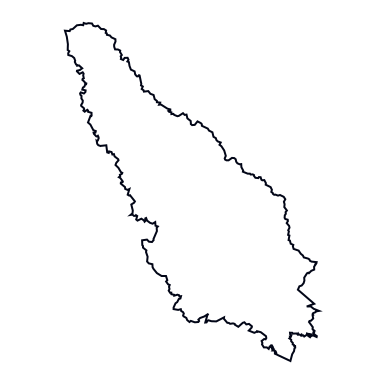 outline of Guachinango, Jalisco, Mexico
{"feature_id": "50627088B196089850290", "entity_name": "Guachinango", "entity_type": "district", "adm_level": 2, "iso_a3": "MEX", "parent_name": "Mexico", "parent_adm1": "Jalisco", "projection": "albers", "projection_center": [-104.413, 20.697], "detail": "fine", "context": "isolated", "style": "outline", "palette": "ink", "viewbox_px": 384, "rotation_deg": 0, "n_neighbors": 0, "source": "geoboundaries", "source_scale": "gbopen_adm2", "svg_char_len": 5929}
<svg xmlns="http://www.w3.org/2000/svg" viewBox="0 0 384 384"><path d="M308.1,258.6L303.8,257.4L302.9,255.5L300.8,253.8L298.6,250.6L293.6,248.9L292.9,246.4L293.3,244.9L290.7,243.7L289.9,240.6L288.6,240.1L289.4,235.5L288.1,234.9L288.9,231.4L288.2,230.3L289.5,227.7L289.1,225.9L286.7,223.1L287.9,221.1L287.7,219.7L285.3,219.0L284.6,217.8L284.8,215.3L285.8,213.8L285.6,212.1L286.9,210.5L284.3,207.1L284.6,204.2L283.9,201.8L285.3,199.2L283.7,196.8L280.0,195.0L278.0,195.6L275.4,194.6L274.2,194.8L272.9,193.8L272.7,192.9L271.3,191.9L271.9,189.8L270.6,187.1L265.7,184.7L265.9,183.1L264.3,180.1L262.3,180.3L261.4,179.7L260.6,177.2L258.9,177.1L258.3,178.1L255.4,177.8L253.9,175.8L254.0,175.1L252.8,174.4L250.6,174.5L250.0,173.7L247.8,173.7L242.9,171.7L243.2,170.6L241.4,167.2L241.2,164.1L239.7,164.3L237.4,163.3L236.2,161.7L235.7,159.3L234.3,158.1L232.0,157.9L228.6,160.3L226.4,160.3L225.1,159.6L224.7,158.4L225.8,155.9L224.2,150.5L221.4,146.2L219.5,144.8L220.7,142.5L217.7,141.4L216.3,139.9L215.9,138.2L213.5,136.8L212.4,132.3L209.0,130.6L207.8,128.6L201.9,125.8L201.8,124.2L200.8,123.1L197.5,121.4L194.7,124.9L192.1,125.1L190.9,124.1L190.7,121.0L187.4,118.4L186.5,114.6L184.6,114.9L183.0,113.2L178.8,115.9L177.4,116.2L174.2,114.9L173.4,113.9L171.4,114.1L171.4,112.3L169.1,111.8L168.4,111.0L170.3,110.2L170.3,109.4L167.5,108.7L160.9,104.5L159.1,104.7L160.1,102.6L156.9,102.2L156.9,100.9L154.7,99.2L153.6,95.0L150.4,93.8L148.3,91.1L143.9,91.6L143.6,90.3L141.7,89.0L142.8,86.5L141.0,85.4L141.3,83.8L139.6,75.5L139.0,75.2L137.9,76.4L136.8,76.3L135.2,74.4L134.6,71.4L130.9,69.6L129.5,65.9L128.9,62.1L127.4,61.5L128.5,59.8L127.6,57.8L124.6,57.9L123.2,60.0L120.9,59.0L121.2,58.0L120.7,56.3L121.8,55.0L120.0,52.0L120.2,50.6L118.0,49.5L115.1,49.4L114.2,46.8L114.1,44.8L115.5,41.5L115.4,39.2L111.5,37.4L109.9,35.5L106.9,34.8L106.8,33.4L105.7,32.9L106.1,30.5L103.9,29.1L101.1,29.0L97.9,25.7L95.5,26.4L93.3,25.8L92.0,23.5L88.5,23.2L86.1,23.8L83.7,23.0L83.2,25.2L80.9,24.8L76.9,25.3L72.8,29.0L70.4,29.5L69.7,31.1L65.0,30.7L66.8,36.7L67.9,44.2L67.7,50.0L69.3,51.2L68.2,53.2L68.3,55.0L71.9,56.1L74.2,58.0L75.2,60.8L74.8,61.9L76.1,64.5L77.2,65.0L77.2,65.7L79.0,65.4L82.2,68.3L79.7,70.1L77.0,70.7L76.9,71.3L79.5,73.9L82.7,72.3L83.6,73.6L83.2,75.4L83.8,78.3L82.7,78.8L82.4,79.9L84.6,81.9L84.8,82.7L86.3,83.4L86.1,84.3L85.2,84.4L84.4,86.6L82.9,87.6L82.3,89.6L85.6,90.4L85.4,92.0L83.9,93.5L80.8,92.4L80.1,93.4L80.4,94.8L81.5,95.9L81.4,98.5L82.8,100.6L82.6,102.6L81.1,105.1L81.2,105.9L83.9,108.2L84.2,109.3L83.4,110.6L84.7,111.7L87.3,109.8L88.1,110.6L88.1,111.8L91.5,112.8L91.6,115.5L91.3,116.1L90.5,115.9L88.0,122.5L90.4,124.6L93.3,130.1L95.8,131.1L95.4,132.6L93.6,132.7L93.9,133.8L96.2,136.3L97.1,136.5L97.9,135.8L98.5,137.1L98.7,138.2L97.8,140.5L97.1,141.2L96.7,140.9L97.2,143.8L98.3,145.2L101.1,146.2L100.6,145.9L106.3,145.3L107.2,152.4L108.7,152.9L109.1,151.4L111.5,152.0L112.4,154.5L113.9,154.1L114.6,156.4L118.2,159.2L118.5,160.3L116.3,162.8L115.5,165.0L118.4,167.8L120.9,172.1L122.3,172.9L121.9,173.8L119.9,174.8L120.2,176.1L118.9,177.2L120.3,178.0L122.8,181.5L122.6,182.1L120.9,182.5L120.8,183.6L125.0,187.1L125.2,188.9L127.6,189.9L129.4,189.0L127.7,194.7L129.2,195.6L130.0,195.2L134.9,201.4L134.1,202.7L131.3,204.5L132.8,210.6L132.5,213.3L130.6,214.9L132.4,214.6L134.0,215.9L135.7,215.8L136.0,215.2L137.2,216.0L136.2,219.5L137.5,220.6L141.4,218.7L143.9,220.4L144.6,221.7L145.3,221.0L145.3,218.4L146.1,218.0L147.1,220.6L150.0,222.8L152.6,223.7L155.2,222.1L155.5,225.7L157.8,226.5L156.7,227.8L156.9,231.1L153.5,239.0L153.6,240.1L152.0,242.0L149.0,241.7L147.0,239.6L142.1,240.3L142.3,245.2L143.0,246.0L143.0,247.6L146.4,250.4L146.0,252.0L147.6,256.7L147.1,261.5L148.8,263.4L152.4,264.2L152.6,267.2L153.5,268.9L156.9,273.1L161.6,276.0L166.0,276.0L167.3,280.2L166.1,281.5L168.1,284.3L169.7,285.0L169.0,286.8L169.5,289.0L168.7,290.6L170.1,292.8L171.3,292.7L171.4,294.2L174.1,294.8L174.2,295.7L177.4,294.7L179.0,295.2L179.4,296.4L181.0,296.2L180.4,298.5L178.8,299.0L177.2,302.1L175.5,303.3L173.6,307.5L173.6,309.1L178.2,309.9L180.8,309.2L181.2,311.0L183.0,312.1L183.8,313.5L183.1,315.5L183.5,316.3L186.3,317.9L187.2,320.1L189.5,322.0L190.8,320.9L194.9,322.3L198.3,322.0L199.1,321.0L198.4,319.6L200.1,318.0L204.2,316.5L208.4,313.8L207.3,315.3L205.3,322.5L206.5,322.4L207.7,320.6L208.5,320.3L211.3,321.2L216.3,321.4L224.0,317.4L223.8,318.7L227.3,322.8L228.8,322.9L230.1,323.8L233.0,323.4L234.7,323.9L234.9,324.7L238.3,326.8L242.8,322.8L244.4,322.3L246.3,324.4L249.0,323.9L251.9,326.3L251.7,327.5L248.8,330.6L254.3,332.8L257.3,331.5L258.3,332.4L257.8,331.4L260.8,332.2L266.0,336.2L266.3,338.1L265.6,339.3L264.2,339.0L261.6,341.0L262.4,343.0L262.0,344.4L263.9,347.4L266.8,347.4L268.7,348.9L269.6,346.7L270.1,346.9L271.1,345.3L271.8,345.3L272.9,347.2L271.8,347.9L272.0,348.7L272.9,348.5L273.7,349.1L272.6,350.5L274.7,350.6L275.7,351.4L276.1,352.5L274.9,352.5L274.9,353.7L290.4,361.0L292.2,354.2L294.0,351.2L294.5,348.2L295.2,347.7L295.1,346.0L294.1,345.9L293.9,344.9L292.7,344.4L292.8,342.9L291.2,341.3L291.2,339.7L289.4,338.4L290.0,337.9L289.9,336.6L290.9,336.7L291.4,335.2L290.2,334.4L290.0,332.7L292.3,332.8L292.9,333.6L296.7,333.5L297.4,334.3L298.0,333.6L298.4,334.7L299.7,334.5L301.0,335.6L301.7,334.6L302.4,335.6L303.4,335.4L304.2,336.5L306.7,334.9L307.0,333.5L308.5,334.1L308.2,335.9L310.1,337.2L310.9,336.1L309.2,335.3L309.4,334.0L311.3,334.4L311.6,335.9L313.0,335.4L316.6,337.0L316.8,336.1L313.4,333.7L313.2,333.1L314.1,332.6L313.6,331.1L314.4,330.8L312.5,329.0L312.8,327.2L309.0,322.0L309.5,321.0L311.0,320.7L313.2,318.5L312.6,315.4L313.2,315.0L312.6,314.1L313.2,313.1L315.5,312.2L315.9,311.4L319.0,310.9L313.7,308.8L310.7,306.4L306.7,306.5L314.2,303.8L297.9,289.7L299.4,286.3L301.7,285.5L303.6,283.2L304.4,280.6L304.2,277.7L307.0,273.3L308.3,272.7L308.9,273.2L311.3,270.8L314.2,269.6L314.1,266.7L316.4,263.3L316.5,262.7L315.9,263.0L316.3,262.1L311.5,261.6L309.9,260.7L309.4,259.4L308.1,258.6Z" fill="none" stroke="#020617" stroke-width="2"/></svg>